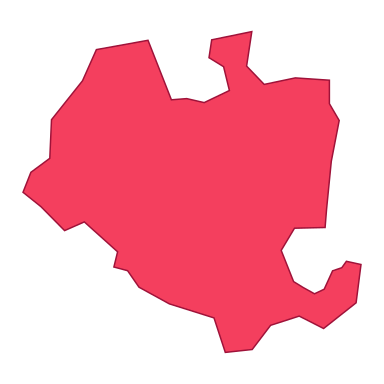 Kushtepa, Ferghana, Uzbekistan
{"feature_id": "79887680B56995537187313", "entity_name": "Kushtepa", "entity_type": "district", "adm_level": 2, "iso_a3": "UZB", "parent_name": "Uzbekistan", "parent_adm1": "Ferghana", "projection": "mercator", "projection_center": [71.644, 40.53], "detail": "fine", "context": "isolated", "style": "filled", "palette": "rose", "viewbox_px": 384, "rotation_deg": 0, "n_neighbors": 0, "source": "geoboundaries", "source_scale": "gbopen_adm2", "svg_char_len": 709}
<svg xmlns="http://www.w3.org/2000/svg" viewBox="0 0 384 384"><path d="M361.0,264.5L346.4,261.3L341.8,267.7L332.6,270.8L324.2,289.2L314.5,293.8L303.0,287.4L293.6,281.6L281.2,250.4L294.5,228.2L325.1,227.5L326.6,208.9L331.3,161.3L339.2,120.5L329.4,103.7L329.4,80.2L295.3,77.9L264.2,84.4L246.6,66.1L251.8,31.6L211.7,39.8L209.0,57.7L223.6,66.7L229.4,90.5L204.2,102.6L186.7,98.6L171.4,99.8L148.0,40.3L96.4,49.6L82.5,80.8L51.5,119.7L49.8,158.3L30.9,172.3L23.0,192.3L41.0,206.7L64.6,230.6L84.3,221.9L117.6,251.8L113.9,267.0L127.6,270.7L139.0,287.2L169.4,303.9L214.0,317.9L225.3,352.4L252.2,349.5L270.6,325.3L299.2,316.1L323.6,328.5L356.1,302.8L361.0,264.5Z" fill="#f43f5e" stroke="#9f1239" stroke-width="1.5"/></svg>